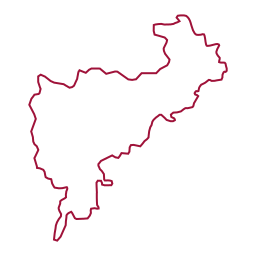 outline of Harim, Idlib, Syria
{"feature_id": "27442178B79082810780972", "entity_name": "Harim", "entity_type": "district", "adm_level": 2, "iso_a3": "SYR", "parent_name": "Syria", "parent_adm1": "Idlib", "projection": "mercator", "projection_center": [36.609, 36.125], "detail": "fine", "context": "isolated", "style": "outline", "palette": "rose", "viewbox_px": 256, "rotation_deg": 0, "n_neighbors": 0, "source": "geoboundaries", "source_scale": "gbopen_adm2", "svg_char_len": 4616}
<svg xmlns="http://www.w3.org/2000/svg" viewBox="0 0 256 256"><path d="M192.6,29.1L192.2,27.9L191.4,25.5L190.6,22.7L189.9,20.7L188.8,18.6L187.6,17.1L186.2,15.9L184.0,15.4L180.6,15.4L177.9,15.7L177.2,16.5L176.6,17.6L178.3,19.6L179.5,21.2L177.6,22.2L175.0,23.1L173.5,23.9L170.5,24.4L165.9,24.5L164.1,24.5L161.3,23.9L158.2,24.1L155.4,24.5L153.8,25.0L153.7,30.1L153.7,30.3L153.7,30.9L154.6,34.6L158.9,35.8L164.7,37.5L165.5,38.3L167.1,40.0L167.0,40.6L166.9,40.9L166.8,41.4L166.5,42.6L164.3,47.0L163.8,48.1L163.7,48.3L163.7,48.9L163.7,49.3L163.8,49.6L163.9,50.8L164.9,53.3L165.1,53.6L165.1,53.8L166.9,56.1L169.5,59.5L169.3,60.7L169.0,62.1L167.2,65.3L160.2,69.0L156.2,73.2L152.3,73.2L148.0,73.2L142.9,73.2L141.9,73.2L141.6,73.2L136.0,79.3L134.3,79.5L133.9,79.6L132.2,79.9L128.3,79.4L120.7,74.0L119.9,73.4L119.7,73.3L119.1,72.9L117.5,71.7L116.9,71.6L115.4,71.5L115.1,71.5L106.2,73.8L99.9,68.6L98.0,68.5L97.6,68.5L95.6,68.5L91.5,68.5L89.0,69.8L88.6,70.2L88.4,70.4L85.8,72.8L84.0,72.1L82.0,71.3L79.8,70.4L79.8,70.5L78.7,71.3L78.2,73.0L77.8,75.3L77.3,77.9L77.2,78.8L76.9,79.4L75.5,82.4L74.8,84.0L74.0,85.7L72.8,86.6L72.4,86.9L72.1,87.1L69.5,87.7L69.1,87.4L68.6,87.2L67.8,86.7L67.0,86.2L65.9,85.6L63.7,84.2L54.6,82.7L54.3,82.7L50.6,81.0L47.7,78.7L44.7,76.4L44.3,76.3L40.7,74.7L38.2,76.4L38.2,76.5L38.2,81.9L38.4,82.6L40.0,87.4L40.6,88.9L40.5,89.2L39.7,92.4L39.5,92.9L39.5,93.1L38.6,94.0L37.8,94.1L36.7,94.3L34.4,94.7L34.3,94.9L33.6,95.9L33.2,96.4L32.9,96.9L32.3,97.6L31.4,98.8L30.9,100.2L29.3,104.8L34.2,114.2L35.8,118.9L31.2,131.5L31.6,132.7L32.9,137.2L33.0,138.9L33.1,139.5L33.2,140.8L33.3,141.7L33.9,142.9L34.4,144.1L34.7,144.4L36.8,146.3L38.3,149.9L37.8,151.1L35.1,156.8L34.6,157.7L34.4,158.1L36.1,163.8L36.9,166.4L37.0,167.9L39.8,168.3L43.3,169.8L44.6,171.9L45.3,175.7L45.7,177.2L48.2,178.6L51.2,179.2L51.3,179.5L51.7,181.4L52.2,183.6L52.3,183.7L53.8,186.5L54.6,187.6L58.9,188.3L61.9,188.2L62.6,188.1L64.8,187.6L66.0,187.3L66.8,187.2L67.3,188.2L67.2,189.2L66.3,191.5L66.1,193.3L65.9,194.1L65.9,195.2L65.9,195.8L66.0,197.3L64.8,198.3L61.5,200.1L60.2,201.3L60.2,202.0L60.2,203.6L58.7,207.6L58.7,208.8L59.4,210.9L61.1,214.1L60.9,216.4L58.8,219.1L57.1,222.1L57.0,222.3L55.9,225.4L55.5,228.6L54.7,233.2L54.0,239.6L57.2,240.6L60.6,236.7L62.8,231.7L65.7,225.2L65.9,221.3L66.4,217.4L66.5,215.3L67.3,214.2L68.5,213.1L71.2,211.8L72.1,212.9L74.2,216.9L74.9,218.2L76.5,219.0L83.9,218.7L87.6,218.4L89.8,215.6L90.9,213.0L90.7,210.3L91.1,208.7L94.6,208.2L97.1,208.7L98.6,208.5L98.5,207.2L97.1,205.0L96.9,201.4L96.8,197.9L96.8,193.3L96.9,192.9L96.6,186.6L96.5,182.7L97.8,180.7L101.0,180.8L102.0,183.0L102.1,184.6L104.7,185.3L111.3,185.2L112.3,183.6L111.7,181.1L110.2,180.6L108.1,180.4L104.9,180.5L104.2,179.6L103.9,174.1L101.9,171.1L100.9,170.1L99.9,169.1L99.2,167.4L98.4,165.7L98.4,164.7L98.4,164.1L99.2,163.2L101.0,160.9L112.2,155.4L112.6,155.7L115.5,157.4L115.8,157.4L118.3,157.9L119.8,156.0L121.5,153.1L124.8,153.4L128.2,153.7L128.4,153.3L129.4,151.7L129.7,147.3L130.0,146.8L130.9,145.1L133.6,144.9L140.3,146.3L140.8,145.7L142.2,144.1L143.0,143.1L144.5,141.1L147.1,139.1L147.5,138.6L148.5,137.5L148.7,135.3L149.2,131.1L150.2,127.5L150.3,127.2L151.5,125.2L152.4,121.6L153.2,120.4L153.6,119.8L156.0,117.5L158.1,116.0L159.4,114.9L159.5,114.8L161.3,114.8L164.7,117.9L166.6,119.9L168.7,120.6L170.6,121.2L171.1,121.2L173.0,121.2L174.9,120.2L174.9,119.8L174.6,119.0L173.7,118.0L172.9,117.8L171.3,116.9L171.0,115.2L170.9,114.6L173.3,112.6L177.0,112.4L180.9,111.4L183.7,109.2L184.5,108.7L185.3,108.2L186.0,108.1L187.6,108.2L190.4,107.6L192.5,107.1L193.0,106.4L193.4,105.9L194.0,103.2L195.1,101.4L195.2,101.2L195.4,100.9L195.6,100.5L198.2,96.1L196.9,95.0L195.4,94.6L195.2,94.5L195.0,93.9L194.9,93.9L194.6,93.2L195.1,92.2L195.3,92.1L195.5,91.8L196.0,91.2L196.3,91.1L197.5,91.3L198.4,91.1L198.9,88.9L199.1,87.9L199.8,86.5L201.2,84.7L203.5,83.6L205.2,82.7L206.9,81.4L207.2,81.1L208.8,79.9L209.8,80.0L210.2,80.1L211.6,80.9L214.7,80.8L216.5,80.4L221.5,79.6L222.0,78.4L222.4,77.5L222.5,74.8L223.0,73.6L223.6,72.3L224.4,71.7L225.2,71.8L225.6,71.9L226.7,70.8L226.7,68.4L226.1,66.4L225.5,63.6L224.7,62.7L223.6,62.6L221.5,62.6L220.9,62.6L220.7,62.5L220.0,62.4L219.1,62.1L219.2,60.9L219.7,59.0L219.7,57.8L217.8,55.6L216.8,53.9L216.4,52.9L216.4,51.6L217.0,49.9L217.3,49.0L218.2,47.3L218.4,47.0L218.5,46.7L219.2,45.4L218.8,44.5L217.3,44.0L216.2,44.1L215.6,44.2L214.4,44.5L210.1,45.6L207.6,45.9L206.9,45.7L206.7,45.7L206.1,44.6L205.6,42.1L205.5,41.5L205.4,40.6L205.1,38.5L204.6,35.9L204.0,34.4L202.5,34.2L200.9,34.7L199.7,34.8L198.1,34.9L196.3,34.7L194.8,33.5L193.0,30.3L192.9,29.9L192.8,29.7L192.6,29.1Z" fill="none" stroke="#9f1239" stroke-width="2"/></svg>